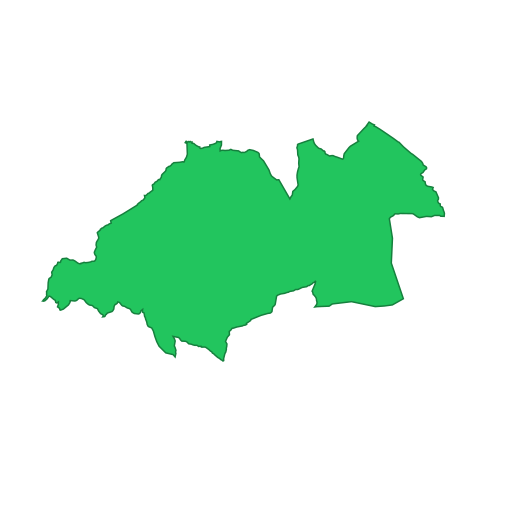 Juan N. Méndez, Puebla, Mexico (Mercator projection), rotated 136°
{"feature_id": "50627088B59509159162106", "entity_name": "Juan N. Méndez", "entity_type": "district", "adm_level": 2, "iso_a3": "MEX", "parent_name": "Mexico", "parent_adm1": "Puebla", "projection": "mercator", "projection_center": [-97.745, 18.541], "detail": "fine", "context": "isolated", "style": "filled", "palette": "green", "viewbox_px": 512, "rotation_deg": 136, "n_neighbors": 0, "source": "geoboundaries", "source_scale": "gbopen_adm2", "svg_char_len": 6111}
<svg xmlns="http://www.w3.org/2000/svg" viewBox="0 0 512 512"><g transform="rotate(136 256 256)"><path d="M440.7,371.8L440.1,371.0L438.8,370.4L436.0,370.3L433.5,370.8L432.7,370.8L432.3,370.2L432.0,369.4L431.6,365.2L431.2,363.5L432.3,361.7L431.9,360.6L430.1,360.2L432.1,358.3L434.1,357.3L433.7,355.1L434.0,354.1L434.5,353.5L434.2,352.8L431.4,351.6L424.9,351.1L422.5,351.7L421.1,352.4L421.1,352.8L420.6,353.0L417.6,349.5L416.6,348.9L415.5,348.6L413.0,348.6L412.2,348.1L411.1,346.7L410.0,343.9L410.5,340.4L410.3,338.1L409.9,336.5L408.4,334.5L408.1,333.8L408.1,331.2L406.6,328.2L407.4,326.0L407.8,322.5L407.2,320.8L407.1,319.6L407.6,318.9L408.5,318.7L407.0,317.6L406.3,317.6L404.8,318.2L404.1,318.0L402.6,318.2L398.2,316.1L397.1,316.1L395.2,316.6L393.0,318.4L390.9,319.0L389.6,318.4L388.4,318.5L387.4,319.0L386.7,318.0L386.5,317.0L386.8,313.7L386.6,312.7L385.5,311.1L384.7,308.1L383.5,305.9L383.4,304.6L384.1,302.2L384.1,301.3L383.5,299.2L380.9,296.0L380.1,295.6L378.4,295.6L377.0,296.5L374.7,296.3L376.0,295.2L376.6,294.1L376.1,292.8L378.1,289.9L378.5,288.4L379.2,287.4L380.4,284.5L381.8,282.4L382.4,280.6L382.3,279.7L381.0,276.7L381.9,273.4L384.6,268.4L386.9,263.3L388.4,258.4L388.2,249.0L384.1,242.6L384.3,239.6L381.3,241.6L380.6,242.8L379.1,243.8L377.6,246.8L377.3,248.0L373.2,251.0L372.2,253.1L371.5,255.8L368.3,251.2L368.2,249.7L368.6,248.1L368.5,246.3L366.2,243.9L365.7,243.1L365.4,242.1L365.4,239.6L363.8,237.5L363.0,235.7L362.1,234.3L360.5,232.8L360.1,230.7L359.1,230.1L358.2,229.1L358.6,228.7L358.4,228.2L356.2,226.2L355.6,225.3L354.9,221.5L354.8,219.2L354.4,217.9L354.8,216.4L354.3,215.1L354.4,214.1L354.0,209.7L353.4,207.6L353.3,205.9L352.9,205.0L352.7,203.4L351.9,203.2L350.5,204.7L346.2,207.4L344.5,207.9L342.2,209.4L341.3,210.4L340.1,211.1L338.0,212.9L337.3,215.7L333.1,217.5L329.8,217.8L327.7,220.3L325.5,220.2L323.4,220.6L322.2,219.7L319.2,218.3L314.3,215.1L313.4,214.9L311.6,213.7L310.2,213.3L309.8,214.2L304.7,213.3L303.8,213.9L293.6,209.8L287.4,206.5L285.5,205.1L284.6,204.9L283.2,204.9L279.7,207.6L276.7,207.6L275.6,208.0L269.1,212.8L267.7,212.8L264.7,211.6L261.4,209.3L258.8,208.1L257.8,207.4L256.4,207.1L253.2,204.9L250.6,204.3L249.8,203.3L248.6,202.6L244.6,201.3L240.8,198.7L239.2,198.6L238.3,197.8L237.5,197.6L236.3,197.5L235.4,197.1L233.5,197.1L232.4,196.6L231.2,196.7L230.2,196.3L230.9,196.3L232.6,195.0L240.1,191.7L240.3,190.7L241.6,188.5L241.4,187.5L241.7,184.7L242.3,183.2L243.3,182.0L244.1,180.5L245.7,179.1L249.1,178.5L247.3,177.2L238.2,169.1L234.4,168.5L219.0,156.8L205.4,136.8L198.4,130.9L191.9,126.1L179.7,122.9L163.6,156.9L145.5,174.0L134.2,190.2L132.3,190.5L129.4,189.7L128.5,189.6L127.5,189.9L126.5,189.6L124.5,187.5L122.7,186.4L114.4,178.2L113.6,177.1L112.7,172.1L111.8,170.0L105.9,166.1L102.5,162.4L99.3,161.1L95.7,157.6L95.5,156.3L93.1,153.8L90.9,155.7L90.2,156.9L89.5,158.6L88.1,161.2L88.1,162.0L88.7,163.1L88.6,164.0L87.3,165.6L87.9,166.8L87.7,168.3L86.9,169.7L85.4,170.1L84.3,171.1L82.0,177.2L82.8,179.1L82.8,181.3L82.2,181.7L81.0,182.1L81.0,182.4L81.8,183.8L84.2,187.1L84.5,189.0L84.1,190.1L82.8,192.0L83.3,193.8L83.3,194.8L82.8,195.4L81.1,196.6L80.9,197.0L81.4,199.5L81.2,200.1L80.2,200.6L77.9,200.1L74.8,200.7L72.8,200.3L72.0,200.9L71.7,202.0L72.5,205.3L71.7,206.9L71.3,209.1L72.7,220.3L73.2,222.1L74.1,232.1L74.1,238.5L74.5,239.2L75.5,245.2L78.8,261.0L80.0,265.7L80.8,267.5L79.7,268.0L80.6,269.9L81.6,273.8L86.0,273.0L85.9,272.7L89.8,272.7L99.4,272.2L100.5,271.4L101.7,270.1L102.4,268.7L102.4,267.3L111.8,269.4L113.7,269.4L121.4,268.3L123.0,267.3L125.0,265.6L126.4,265.4L129.2,271.2L129.8,272.1L130.9,274.8L132.4,276.1L133.6,276.7L134.6,280.2L135.1,280.8L134.8,282.1L134.0,283.1L133.9,284.0L134.5,284.6L134.8,287.8L136.1,290.0L136.2,294.2L135.9,296.2L135.2,298.0L133.7,300.6L148.1,307.3L149.0,307.1L149.5,306.4L151.2,305.6L151.6,305.1L152.3,303.6L155.7,299.7L156.6,297.5L157.6,296.0L160.9,293.0L163.0,290.3L165.0,289.3L167.8,287.6L170.3,285.7L172.1,283.8L176.3,277.9L177.6,277.2L181.9,276.7L184.6,276.9L187.6,274.6L189.7,274.3L192.0,273.5L186.6,295.0L188.3,296.4L189.2,301.9L189.2,303.0L188.5,305.4L186.9,308.9L184.5,319.2L184.7,324.7L182.8,327.2L182.6,327.9L182.7,329.3L184.6,333.8L186.8,337.0L188.8,337.8L189.5,337.6L191.7,338.2L192.4,338.5L193.9,340.1L194.5,340.3L195.0,341.2L195.5,343.7L199.3,348.2L200.0,350.1L200.4,350.4L201.8,350.7L205.0,353.4L206.5,355.2L208.0,356.3L208.8,356.5L207.2,358.3L203.8,359.8L201.2,362.4L202.2,363.1L202.8,363.2L204.5,365.6L205.7,364.9L207.2,365.3L209.4,366.2L212.2,368.0L213.2,366.8L217.8,370.1L219.6,370.7L221.1,371.8L221.4,372.6L220.7,373.5L221.4,374.4L222.1,376.6L222.4,377.8L222.6,380.2L223.7,381.5L222.8,382.4L223.4,382.9L223.8,384.2L224.7,384.3L225.1,385.3L226.6,385.4L226.3,386.7L226.7,387.1L228.2,386.7L227.5,384.9L234.7,376.9L237.4,375.4L240.4,374.6L242.3,373.6L242.8,373.9L243.1,374.6L245.9,376.5L250.3,380.2L252.8,380.5L254.0,380.2L255.1,380.3L255.9,380.5L256.2,380.9L259.2,381.4L260.0,381.2L261.2,380.2L262.4,379.9L267.0,379.9L268.0,379.5L269.6,378.3L270.9,378.2L272.2,377.7L272.9,378.6L273.5,378.7L275.3,378.5L277.2,379.1L279.6,378.7L280.7,379.1L281.4,379.0L282.9,376.7L284.6,375.0L288.2,375.5L288.7,375.3L290.2,376.0L292.7,375.9L293.7,376.4L294.2,377.0L295.4,375.1L298.2,374.6L300.2,375.3L300.9,375.1L303.8,375.5L305.5,375.5L306.0,375.1L322.5,378.7L336.0,382.4L337.3,380.2L339.5,381.1L340.6,381.1L342.3,382.0L343.9,382.4L346.7,382.6L347.4,383.1L349.5,383.3L350.0,382.8L352.9,383.1L354.0,383.0L356.1,378.8L357.0,377.9L361.3,376.7L363.4,375.0L364.5,373.0L367.2,372.1L369.7,371.0L370.3,370.2L370.9,368.8L371.1,366.9L371.9,365.9L373.7,364.8L375.0,364.5L376.0,364.6L377.7,366.2L379.1,366.6L381.0,367.8L383.3,369.6L384.1,370.9L385.8,371.6L386.9,372.4L387.3,372.1L388.3,372.9L389.1,374.7L389.7,378.2L390.4,380.2L392.7,382.3L393.7,385.9L397.2,388.6L399.8,388.1L400.8,387.4L401.4,387.4L402.2,388.6L403.0,389.1L403.7,388.5L406.0,387.8L407.1,388.4L408.5,388.3L409.8,387.9L411.6,386.9L414.2,386.3L415.7,384.1L418.0,383.1L420.5,383.5L421.4,383.1L424.0,381.2L428.6,376.8L431.6,375.8L432.0,375.1L433.4,373.8L433.8,372.9L436.4,372.1L439.5,372.1L440.1,371.8L440.7,371.8Z" fill="#22c55e" stroke="#15803d" stroke-width="1.5"/></g></svg>